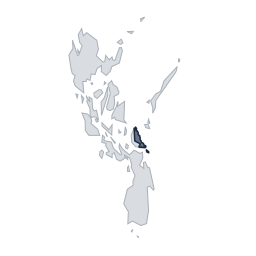 Mindoro Occidental on a map of Philippines (Equal Earth projection), rotated 177°
{"feature_id": "PHL-2570", "entity_name": "Mindoro Occidental", "entity_type": "Province", "adm_level": 1, "iso_a3": "PHL", "parent_name": "Philippines", "parent_adm1": "", "projection": "equal_earth", "projection_center": [120.676, 13.012], "detail": "fine", "context": "in_parent", "style": "filled", "palette": "slate", "viewbox_px": 256, "rotation_deg": 177, "n_neighbors": 0, "source": "natural_earth", "source_scale": "10m", "svg_char_len": 5574}
<svg xmlns="http://www.w3.org/2000/svg" viewBox="0 0 256 256"><g transform="rotate(177 128 128)"><path d="M120.1,29.9L128.5,34.8L133.2,32.3L132.0,44.3L136.2,52.5L131.9,66.8L125.8,70.6L125.9,74.6L123.5,79.9L126.9,88.9L126.2,91.3L127.7,97.6L132.8,101.2L132.7,97.9L137.5,95.3L141.0,97.3L143.0,104.0L145.2,102.6L145.4,99.2L151.1,102.6L151.0,104.4L148.1,105.6L151.2,111.3L150.8,113.8L154.9,114.9L153.9,122.1L151.9,120.2L152.7,116.7L145.4,114.8L143.7,108.7L137.2,101.6L135.7,101.9L138.0,109.4L137.3,112.5L134.7,107.5L127.9,101.1L123.0,105.5L117.2,101.9L114.9,103.1L114.7,97.3L118.4,90.3L114.3,86.7L114.4,92.8L112.6,93.2L110.5,88.0L108.6,87.1L105.1,65.7L105.8,64.6L109.5,68.9L111.9,67.9L111.8,44.7L114.5,31.6L120.1,29.9ZM170.3,165.4L178.6,172.8L179.9,177.8L178.1,183.3L180.7,185.0L181.7,189.4L183.2,204.1L178.8,210.3L178.8,218.7L174.5,202.8L173.0,203.9L169.5,212.8L171.9,216.3L172.8,223.8L169.1,229.7L167.8,222.4L164.3,225.4L154.5,217.2L153.4,208.1L155.9,201.8L149.7,195.3L147.7,195.5L146.5,201.7L143.2,197.1L140.2,199.8L139.7,196.8L137.6,196.2L132.2,208.8L130.2,208.5L129.7,204.9L133.3,193.3L141.0,190.1L142.6,185.8L147.0,181.6L151.8,185.8L151.2,191.7L155.8,188.9L158.1,183.2L161.9,183.8L163.4,177.5L166.6,179.1L167.4,176.6L170.7,176.8L170.3,165.4ZM145.7,172.8L141.9,176.1L140.5,172.1L137.0,169.6L135.1,164.3L135.9,162.2L140.3,160.3L139.9,153.8L141.7,147.9L144.9,146.3L147.8,147.4L148.4,149.6L143.8,163.7L145.7,172.8ZM167.4,122.7L170.8,127.9L170.4,137.1L173.2,145.4L167.5,144.0L165.2,140.9L163.8,137.6L164.7,134.4L158.4,128.5L156.6,122.1L167.4,122.7ZM129.5,133.1L140.1,137.0L140.7,139.4L143.7,138.0L143.3,141.8L139.3,148.9L130.0,154.8L131.7,136.3L129.5,133.1ZM89.6,173.1L75.6,186.8L77.2,181.5L98.7,154.2L99.7,146.6L102.5,141.4L102.2,146.9L104.0,153.9L98.3,160.7L93.6,162.9L89.6,173.1ZM112.2,107.5L121.3,108.8L125.0,113.5L125.2,121.0L121.7,127.5L118.2,123.0L115.1,112.9L111.5,109.1L112.2,107.5ZM159.9,140.9L164.0,140.5L165.1,142.9L165.0,149.5L167.9,156.9L166.5,158.7L164.7,155.9L165.2,161.1L162.4,159.0L162.4,149.6L160.9,146.8L158.5,147.4L157.1,138.0L159.9,140.9ZM146.2,170.1L146.4,162.1L153.8,142.0L153.5,155.4L150.0,159.6L146.2,170.1ZM160.2,164.9L154.8,167.8L152.7,167.4L151.3,164.4L157.3,159.1L160.0,161.2L160.2,164.9ZM144.6,121.9L153.8,131.3L153.8,134.6L147.3,127.5L143.7,132.0L144.6,121.9ZM157.2,105.8L155.2,107.3L153.6,105.3L155.7,99.0L157.9,102.1L157.2,105.8ZM134.3,214.1L130.1,217.0L128.6,213.2L131.2,212.0L134.3,214.1ZM106.3,126.2L110.2,127.4L111.2,130.6L107.7,130.7L106.3,126.2ZM129.5,107.2L131.7,108.4L130.5,112.3L128.5,110.4L129.5,107.2ZM119.5,222.0L123.8,224.4L117.7,224.2L119.5,222.0ZM172.8,162.9L170.5,159.8L172.5,154.8L172.3,157.8L172.8,162.9ZM132.1,120.8L130.6,129.2L129.6,125.7L130.5,121.6L132.1,120.8ZM109.5,233.8L109.8,236.4L105.5,237.9L109.5,233.8ZM130.8,84.8L130.6,88.5L129.6,90.1L128.6,84.3L130.8,84.8ZM138.5,150.2L136.7,155.1L136.7,152.2L138.5,150.2ZM108.0,132.1L107.0,135.6L106.0,131.5L108.0,132.1ZM160.3,138.6L158.9,138.7L157.4,136.0L159.2,135.6L160.3,138.6ZM137.3,123.3L137.3,126.4L135.3,123.8L137.3,123.3ZM178.3,164.7L176.2,164.1L177.2,160.7L178.3,164.7ZM142.3,113.7L146.0,120.1L141.3,113.8L142.3,113.7ZM107.7,152.8L105.2,154.6L105.9,151.7L107.7,152.8ZM149.5,172.7L149.0,175.4L147.7,174.1L149.5,172.7ZM149.9,121.4L150.8,125.2L148.9,120.5L149.9,121.4ZM74.0,194.3L72.8,194.1L73.1,191.7L74.0,191.4L74.0,194.3ZM162.7,174.8L161.1,175.0L161.0,173.6L161.9,173.3L162.7,174.8ZM174.1,208.6L172.9,206.8L173.3,205.1L174.1,206.0L174.1,208.6ZM110.1,102.9L110.8,105.0L108.8,102.6L110.1,102.9ZM167.5,159.8L168.2,162.6L166.4,159.2L167.5,159.8ZM130.1,24.8L128.3,26.5L129.6,24.0L130.1,24.8ZM132.4,99.4L129.9,97.8L129.9,96.6L132.4,99.4ZM123.4,18.1L124.9,20.0L123.2,18.7L123.4,18.1Z" fill="#d9dde1" stroke="#a8b0b8" stroke-width="1"/><path d="M121.9,127.4L121.8,127.5L121.7,127.5L121.4,127.2L120.5,127.1L120.3,127.0L120.2,126.6L120.1,126.1L120.2,125.7L120.3,126.0L120.5,126.1L120.4,126.1L120.4,125.8L120.4,125.7L120.1,125.5L120.0,125.8L119.9,125.7L119.6,125.4L119.4,125.2L119.3,124.8L119.0,124.5L118.9,124.4L118.3,123.2L118.2,123.1L118.1,122.9L118.1,122.6L118.2,121.9L118.2,121.6L118.2,121.3L118.0,121.1L117.7,120.6L117.5,120.1L117.4,119.8L117.1,119.7L116.9,119.7L116.7,119.6L116.7,119.3L116.7,119.1L116.6,118.8L116.6,118.6L116.6,118.4L116.4,118.0L116.4,117.9L116.5,117.7L116.5,116.7L116.4,116.3L116.3,115.4L116.1,115.0L115.6,114.1L115.2,113.1L115.0,112.7L114.4,112.4L114.2,112.1L113.6,112.0L113.5,111.9L113.6,111.6L113.3,111.3L113.1,110.8L113.0,110.4L112.9,109.3L112.8,109.0L112.7,108.9L112.4,109.0L112.2,109.1L112.1,109.3L111.8,109.6L111.7,109.6L111.4,109.4L111.3,109.2L111.2,108.9L111.1,108.7L111.2,108.3L111.3,108.0L111.5,107.7L112.0,107.4L113.0,107.6L113.7,107.7L113.8,107.6L114.0,107.6L114.3,107.8L114.6,107.9L115.1,107.9L115.4,107.9L115.5,108.1L115.7,107.9L115.8,108.0L116.0,108.3L116.4,108.2L116.7,108.1L117.8,107.8L117.8,107.7L117.8,107.8L117.9,108.6L117.9,109.0L117.8,109.3L116.5,111.6L121.3,114.3L121.7,114.6L121.9,115.0L121.9,127.4ZM110.6,104.6L110.8,104.6L110.9,104.9L110.7,105.1L110.5,104.8L110.4,104.7L110.1,104.6L110.0,104.3L110.0,104.2L109.8,104.1L109.7,104.0L109.4,103.9L109.3,103.7L108.9,103.6L108.7,103.3L108.6,102.9L108.6,102.6L108.6,102.4L108.7,102.2L108.8,102.2L109.0,102.3L109.3,102.5L109.5,102.7L109.6,102.8L110.0,102.8L110.2,103.0L110.4,103.1L110.7,103.9L110.7,104.1L110.5,104.4L110.6,104.6ZM120.4,127.8L120.5,128.1L120.5,128.3L120.4,128.4L120.2,128.2L120.0,127.8L119.8,127.6L119.6,127.4L119.5,127.0L119.7,126.5L120.0,126.7L120.2,127.1L120.2,127.6L120.3,127.7L120.3,127.8L120.4,127.8Z" fill="#64748b" stroke="#1e293b" stroke-width="1.5"/></g></svg>